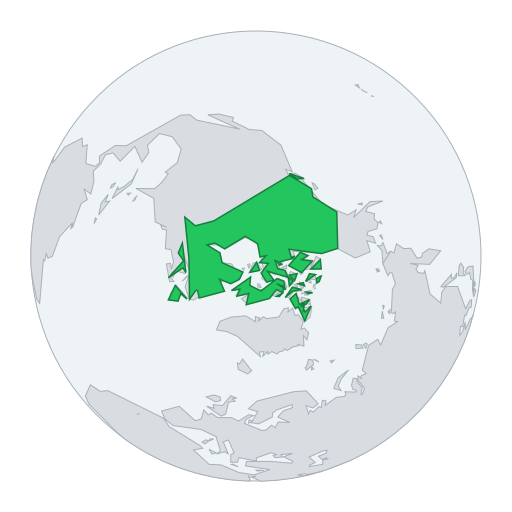 globe centered on Canada, rotated 133°
{"feature_id": "CAN", "entity_name": "Canada", "entity_type": "country or territory", "adm_level": 0, "iso_a3": "CAN", "parent_name": "North America", "parent_adm1": "", "projection": "orthographic", "projection_center": [-89.555, 62.395], "detail": "medium", "context": "on_globe", "style": "filled", "palette": "green", "viewbox_px": 512, "rotation_deg": 133, "n_neighbors": 0, "source": "natural_earth", "source_scale": "50m", "svg_char_len": 11989}
<svg xmlns="http://www.w3.org/2000/svg" viewBox="0 0 512 512"><g transform="rotate(133 256 256)"><circle cx="256" cy="256" r="225" fill="#eef3f6" stroke="#a8b0b8"/><path d="M320.9,471.7L326.4,468.5L322.8,468.3L307.0,470.2L288.4,463.6L294.2,457.4L289.8,455.3L304.4,443.5L300.0,434.6L294.6,434.0L289.7,438.7L271.1,434.2L263.9,426.1L204.4,407.2L197.8,400.8L197.1,392.1L174.4,354.5L185.6,387.5L177.3,379.7L170.1,366.9L173.6,365.5L168.1,347.2L160.3,337.5L157.9,313.4L169.6,287.1L172.4,293.5L174.9,286.7L171.5,278.4L168.6,274.6L172.6,242.5L163.5,216.9L153.9,214.2L161.3,210.9L138.5,209.7L129.2,200.7L143.9,207.7L148.6,206.1L144.3,198.2L148.3,194.9L148.5,189.3L153.6,186.1L161.7,190.8L165.1,188.9L162.0,183.5L165.0,177.2L169.2,185.4L175.0,175.3L189.7,182.0L196.7,207.7L209.1,209.7L227.3,232.1L229.8,227.6L238.3,233.7L244.4,231.0L246.0,236.3L249.4,229.6L246.8,225.3L247.4,221.1L250.7,219.2L253.4,225.4L252.1,227.3L254.6,228.1L254.6,232.1L256.5,229.1L259.4,237.1L261.4,226.5L267.9,230.6L268.4,236.7L261.9,239.5L247.0,261.6L245.6,269.1L250.1,276.7L272.3,283.5L273.4,290.7L279.6,297.9L282.0,292.3L278.0,284.6L284.0,276.2L278.3,268.2L279.9,263.7L276.8,254.5L284.2,252.4L293.2,255.4L296.2,263.1L300.3,264.8L303.1,254.9L314.2,267.0L330.9,271.6L333.0,275.3L327.0,286.8L312.7,293.2L304.8,309.5L317.0,295.6L322.1,305.7L325.9,306.1L329.7,303.7L330.6,298.7L333.8,301.6L322.9,316.1L319.8,313.6L323.3,309.0L316.6,312.2L309.3,322.6L312.5,327.2L298.1,339.1L300.2,342.6L298.2,347.4L295.9,340.8L299.8,353.0L283.5,370.1L288.5,389.9L275.9,376.0L266.7,375.1L255.9,376.2L256.5,379.5L241.4,377.2L228.8,383.6L225.9,398.7L232.4,410.1L249.1,411.0L253.3,405.0L265.2,403.2L258.4,419.4L279.3,420.0L278.1,430.8L284.5,435.2L294.5,432.4L305.0,432.8L311.9,425.5L323.3,419.1L324.2,427.2L329.9,417.8L336.7,419.7L358.8,410.3L357.3,412.9L376.1,412.8L395.1,404.7L399.5,406.6L397.3,411.1L403.6,407.2L403.7,409.0L427.3,390.5L438.2,381.9L437.0,387.0L426.3,402.3L418.1,412.5L406.2,423.9L393.6,434.4L380.2,443.9L366.2,452.5L351.6,460.0L336.5,466.4L320.9,471.7ZM61.1,298.6L62.5,295.1L63.2,299.9L61.1,298.6ZM62.3,291.2L62.1,292.8L62.1,291.1L62.3,291.2ZM61.7,288.8L62.2,290.6L61.4,288.9L61.7,288.8ZM60.6,286.0L61.3,287.4L61.1,287.4L60.6,286.0ZM288.2,396.4L312.0,400.4L299.3,404.3L301.6,402.3L295.4,399.9L284.1,398.4L272.7,401.7L288.2,396.4ZM59.7,280.7L59.5,279.3L60.3,280.3L59.7,280.7ZM297.0,384.1L292.9,384.1L296.8,383.3L297.0,384.1ZM166.7,273.5L171.0,278.6L172.6,287.5L168.6,283.6L166.7,273.5ZM164.2,256.9L167.3,258.1L164.2,265.0L163.4,262.2L164.2,256.9ZM146.1,213.2L148.8,217.1L144.8,214.5L146.1,213.2ZM147.6,189.1L145.6,189.1L146.6,186.2L147.6,189.1ZM272.9,256.3L274.8,255.4L274.4,257.6L272.9,256.3ZM269.7,253.2L267.9,256.3L266.1,255.3L267.3,253.4L269.7,253.2ZM155.2,178.8L157.4,174.4L156.6,179.7L155.2,178.8ZM272.4,249.6L263.2,253.2L260.1,251.4L261.9,242.7L272.4,249.6ZM159.6,172.3L164.8,161.8L160.7,160.8L175.1,158.0L166.0,167.7L165.6,174.3L163.1,171.2L159.6,172.3ZM244.5,224.9L247.5,229.3L241.9,227.4L244.5,224.9ZM240.8,224.7L222.8,225.7L220.0,218.5L226.6,219.5L220.5,211.7L228.0,207.7L233.0,211.0L233.3,216.5L236.0,210.8L240.8,224.7ZM182.3,158.3L184.7,156.6L183.7,159.4L182.3,158.3ZM247.2,219.2L243.8,220.0L241.1,213.7L247.4,211.1L246.3,213.9L247.2,219.2ZM215.3,211.8L214.4,206.8L220.2,202.1L220.7,199.6L228.0,207.0L215.3,211.8ZM248.5,214.4L250.7,210.0L255.0,211.2L250.3,218.1L248.5,214.4ZM237.8,213.2L236.8,210.2L239.4,211.0L237.8,213.2ZM271.3,213.6L267.3,214.4L265.6,211.2L271.3,213.6ZM251.2,208.2L249.7,207.8L248.6,206.7L250.8,204.1L251.2,208.2ZM231.6,203.2L234.2,202.4L228.9,200.0L233.0,196.5L237.1,202.1L237.1,198.3L238.4,197.2L240.3,203.0L231.6,203.2ZM249.7,198.2L256.4,204.5L264.1,203.6L265.9,206.4L253.1,207.4L249.7,198.2ZM244.0,200.5L248.0,199.7L248.1,203.5L245.6,206.4L244.0,200.5ZM234.4,192.2L227.0,196.0L226.3,194.7L234.4,192.2ZM252.0,197.2L250.3,195.7L252.5,196.7L252.0,197.2ZM239.7,192.8L237.2,194.3L236.5,192.8L239.7,192.8ZM249.1,191.6L251.3,193.6L249.6,195.6L249.1,191.6ZM244.8,191.6L244.5,189.1L247.7,195.1L243.8,192.5L244.8,191.6ZM239.5,191.1L238.3,190.7L240.7,190.7L239.5,191.1ZM254.3,183.1L258.7,190.3L255.0,194.6L251.2,187.0L254.3,183.1ZM340.3,47.1L366.7,59.9L368.0,61.0L373.8,64.4L381.1,69.9L382.1,72.0L387.8,76.3L384.5,71.1L378.1,66.8L369.1,61.5L369.7,61.5L367.7,60.4L381.1,68.6L393.8,77.8L405.9,87.9L417.3,98.7L420.5,107.9L417.8,106.2L417.6,106.2L417.4,106.3L422.5,110.0L421.7,112.3L424.1,107.0L426.4,108.7L425.4,107.5L436.6,121.4L446.7,136.1L455.6,151.6L463.3,167.7L469.6,184.4L474.6,201.6L478.2,219.1L478.3,219.4L479.6,229.3L479.4,231.2L479.8,236.8L478.2,277.2L474.7,285.3L463.1,289.3L461.2,277.7L455.5,272.5L437.7,213.0L440.0,203.3L432.8,167.7L433.0,163.8L440.5,169.4L440.4,148.3L432.6,139.0L426.0,120.8L417.4,108.2L402.7,100.2L416.7,120.5L412.7,122.8L396.3,105.2L383.1,88.5L381.0,88.9L383.9,98.8L375.4,94.7L384.3,102.4L384.8,99.5L390.4,104.4L390.3,107.4L387.3,105.7L389.7,110.9L403.5,118.1L405.5,115.9L415.2,131.0L419.4,129.0L424.0,133.7L418.6,139.0L414.9,137.8L409.4,150.6L414.2,153.2L419.7,141.4L420.5,145.3L427.0,149.3L422.6,149.4L415.3,162.1L420.4,178.0L436.5,200.9L437.4,211.1L433.8,219.3L418.3,209.7L417.9,188.0L412.4,184.9L404.2,189.2L404.8,182.4L401.4,181.6L400.4,173.9L390.9,163.6L388.7,156.2L377.1,153.1L374.4,149.0L382.1,151.9L386.2,150.2L379.8,132.9L376.2,129.8L369.2,129.3L368.3,124.8L362.3,126.6L354.7,117.7L358.9,130.2L350.8,130.4L342.0,125.9L340.0,128.3L354.4,135.9L359.5,136.9L362.7,134.2L377.1,139.7L381.0,145.6L368.7,148.6L372.9,157.4L361.5,156.4L329.6,135.9L320.3,127.2L321.6,109.8L328.3,110.7L331.2,117.4L335.7,109.9L331.9,111.1L331.2,107.5L323.2,107.3L322.3,104.8L316.2,109.1L314.2,106.0L318.1,103.4L304.6,100.9L298.3,95.4L295.7,96.1L294.7,98.4L287.4,90.1L285.8,91.0L287.5,94.0L285.5,97.9L279.0,101.6L276.9,98.5L278.9,96.7L279.9,88.6L285.7,84.7L284.2,83.8L278.6,86.5L277.4,96.4L274.1,99.6L273.7,94.7L273.6,96.7L271.3,97.3L267.0,95.1L266.9,100.5L244.5,112.7L233.9,110.1L236.1,104.1L218.1,110.5L207.5,107.7L209.2,110.4L201.7,115.8L204.9,116.7L205.1,118.4L187.3,133.5L181.4,134.9L175.6,145.1L176.5,146.6L180.5,146.1L175.1,158.0L160.7,160.8L159.5,157.2L151.3,161.6L149.8,153.0L144.7,148.1L147.8,136.6L143.5,134.0L140.8,136.1L132.9,134.5L126.2,124.5L143.7,123.3L156.2,138.0L152.1,131.0L156.6,130.0L157.4,125.9L154.2,121.4L151.6,122.5L165.0,102.9L164.5,88.8L155.8,95.4L148.9,96.4L140.8,87.8L151.6,66.8L142.4,69.3L140.9,68.4L146.6,63.8L149.0,64.8L156.2,61.8L156.7,63.2L166.7,56.7L167.9,58.6L175.1,52.9L170.8,53.2L161.5,58.0L167.3,52.7L155.9,56.3L153.1,56.2L161.4,51.6L176.8,45.1L192.7,39.8L208.9,35.7L225.4,32.8L242.0,31.2L258.7,30.7L275.4,31.6L292.0,33.6L308.4,36.9L324.5,41.4L340.3,47.1ZM450.8,233.4L453.0,235.5L450.8,233.4ZM373.7,73.4L362.8,65.1L359.8,68.0L355.3,65.2L355.9,67.3L359.6,68.3L359.9,73.8L352.3,70.2L349.6,71.4L353.1,74.3L366.9,80.1L366.6,71.9L372.5,74.2L373.7,73.4ZM359.5,409.9L362.2,410.2L358.8,411.9L359.5,409.9ZM298.0,408.6L302.8,407.9L305.5,408.8L301.9,410.0L298.0,408.6ZM337.6,397.8L342.9,396.6L337.6,399.5L337.6,397.8ZM315.7,400.5L333.3,399.0L322.9,405.3L311.7,406.1L319.2,403.2L315.7,400.5ZM295.6,390.7L298.7,390.9L298.1,393.0L295.6,390.7ZM299.8,383.5L298.6,383.9L296.9,382.6L299.8,383.5ZM322.7,304.8L323.6,303.7L327.8,302.3L326.3,304.9L322.7,304.8ZM343.2,285.1L347.9,290.3L343.6,288.3L342.4,292.7L331.8,294.3L333.6,277.3L334.7,284.6L343.2,285.1ZM318.1,292.1L324.7,292.8L317.4,292.8L318.1,292.1ZM383.5,186.3L385.9,183.3L390.2,186.0L393.0,196.3L386.7,192.4L383.5,186.3ZM388.2,178.5L375.3,179.2L373.0,173.1L376.5,176.3L376.3,172.3L381.8,176.4L392.4,170.3L396.9,172.4L399.5,189.7L396.1,182.8L394.0,186.0L388.2,178.5ZM346.1,194.5L340.5,195.5L342.9,180.9L347.9,181.7L351.0,191.7L346.9,196.7L346.1,194.5ZM277.4,233.8L275.1,235.7L274.3,233.9L275.7,230.8L277.4,233.8ZM269.6,214.3L286.7,223.9L285.0,226.5L297.2,229.5L297.2,237.5L289.3,235.2L298.5,243.8L291.3,245.0L298.1,250.1L280.5,244.2L274.5,245.9L281.2,240.9L281.3,233.5L279.5,230.8L270.1,224.4L257.2,224.6L255.2,217.5L257.3,212.5L260.1,211.3L260.5,216.2L263.9,211.2L266.6,217.4L269.6,214.3ZM282.6,161.6L281.8,167.1L289.3,159.4L292.0,165.1L292.7,163.8L297.3,167.0L304.0,168.9L304.3,171.8L306.8,171.3L309.8,173.5L313.4,173.8L315.1,179.3L319.6,180.2L317.9,182.4L325.1,182.5L320.5,184.9L324.0,188.2L326.6,184.1L327.4,214.6L331.3,226.0L337.0,234.4L328.4,237.9L317.5,232.4L306.8,222.7L304.3,211.4L300.9,215.2L298.7,211.0L302.3,209.8L295.4,209.2L294.5,205.4L285.0,197.7L275.5,199.6L271.8,196.9L275.1,194.4L269.1,193.6L272.8,187.0L270.2,185.0L271.3,176.8L279.1,173.2L275.6,171.3L276.3,165.1L282.6,161.6ZM254.9,180.8L263.6,174.9L269.4,175.2L265.1,189.5L267.0,192.2L264.4,201.7L256.1,201.2L257.6,198.5L257.1,195.8L259.9,197.0L257.3,194.0L259.2,190.2L257.7,186.9L261.0,185.8L254.9,180.8ZM429.3,158.6L428.7,155.5L426.9,150.6L430.9,153.2L429.3,158.6ZM424.6,167.3L423.5,164.3L428.4,165.2L429.0,168.6L424.6,167.3ZM418.7,162.1L423.1,164.1L421.1,165.0L418.7,162.1ZM380.6,149.3L378.9,146.3L380.3,145.9L383.2,147.5L380.6,149.3ZM305.2,141.3L303.9,144.1L302.4,143.6L295.9,147.1L293.3,143.4L296.3,139.8L305.2,141.3ZM407.5,104.1L412.4,108.4L412.6,109.9L410.9,108.1L407.5,104.1ZM424.1,131.1L422.2,125.2L425.2,131.8L424.1,131.1ZM301.4,137.8L299.0,139.7L299.2,136.7L301.4,137.8ZM291.1,140.9L290.7,137.6L292.2,143.3L291.1,140.9ZM152.6,55.9L150.9,56.8L150.4,57.0L152.6,55.9ZM276.3,110.6L288.3,109.7L295.2,107.0L296.4,102.1L299.8,108.8L289.1,112.9L276.3,110.6ZM248.6,112.7L247.6,117.3L244.6,115.9L244.5,114.6L248.6,112.7ZM250.4,115.0L255.5,119.6L252.7,122.6L249.2,118.4L250.4,115.0ZM278.9,127.9L282.6,127.8L282.3,130.2L278.9,127.9ZM127.8,75.9L130.0,75.6L126.0,78.9L125.6,78.2L127.8,75.9ZM115.3,90.6L125.7,79.8L134.4,71.9L130.9,73.8L131.3,71.6L137.6,68.9L132.8,74.9L125.8,80.9L126.5,83.0L122.5,88.5L126.0,89.5L124.8,92.6L119.5,93.6L115.3,90.6ZM127.8,89.8L132.5,94.5L124.3,100.9L121.5,101.3L122.7,96.3L127.0,93.2L127.8,89.8ZM131.2,97.6L135.4,94.8L151.0,97.6L152.3,99.9L136.1,100.6L139.1,98.0L136.7,96.3L131.2,97.6ZM183.1,155.3L184.6,156.5L182.0,156.9L183.1,155.3ZM207.0,118.8L206.9,121.3L203.9,121.5L207.0,118.8ZM204.9,128.3L208.4,126.3L205.6,129.7L204.9,128.3ZM216.0,121.7L210.2,126.1L214.4,120.1L216.0,121.7Z" fill="#d9dde1" stroke="#a8b0b8" stroke-width="1"/><path d="M174.0,254.7L168.7,227.0L194.7,201.4L209.4,209.6L228.6,236.5L233.1,228.8L229.5,227.8L232.8,227.4L244.2,234.8L244.7,231.4L246.7,232.6L245.5,237.2L246.3,238.9L250.4,231.4L246.7,224.9L249.9,218.2L259.3,237.2L261.5,226.6L267.8,230.3L265.0,240.6L253.0,242.0L258.5,248.9L248.9,248.9L254.0,252.4L245.9,263.1L249.0,277.3L272.1,283.8L274.6,294.7L281.3,299.4L278.3,284.6L284.0,276.3L276.7,254.6L284.4,252.2L293.5,255.6L297.9,266.9L303.3,255.0L325.5,268.9L321.1,275.2L321.8,276.5L333.0,275.1L303.5,303.4L276.1,334.6L275.3,321.0L259.1,310.8L174.3,286.5L168.9,261.3L174.0,254.7ZM261.7,220.7L262.0,222.0L260.7,214.0L264.7,211.3L266.5,218.1L278.0,217.2L298.3,229.9L288.3,235.8L298.4,242.5L291.2,245.2L297.9,250.4L275.1,245.6L281.8,240.6L278.1,228.5L258.2,225.2L255.4,218.6L261.0,211.4L259.4,215.4L261.7,220.7ZM254.8,181.7L270.3,176.0L264.1,190.6L267.5,191.3L264.2,201.8L256.0,201.1L261.8,191.4L258.0,186.8L262.4,188.9L260.3,186.4L263.9,183.9L262.7,183.7L263.4,181.8L254.8,181.7ZM221.4,211.3L237.0,211.3L240.7,225.6L223.1,226.1L220.3,218.2L227.5,220.1L221.4,211.3ZM331.7,305.2L308.9,305.7L306.8,314.9L296.8,318.6L315.9,295.9L314.5,301.4L331.7,305.2ZM221.0,199.5L228.1,206.9L214.7,206.5L221.0,199.5ZM251.2,187.1L257.2,186.5L259.3,190.4L251.2,187.1ZM249.4,199.8L256.6,205.1L266.3,206.3L254.0,208.1L249.4,199.8ZM229.1,199.8L240.7,202.3L232.4,204.8L229.1,199.8ZM334.6,277.1L334.9,285.3L342.2,282.2L347.9,290.2L332.6,295.0L334.6,277.1ZM240.8,213.9L247.7,211.0L247.4,218.6L240.8,213.9ZM260.2,251.2L264.2,243.6L272.1,249.3L260.2,251.2ZM249.3,211.5L255.1,211.2L249.2,218.0L249.3,211.5ZM234.4,193.4L231.2,196.5L226.3,194.6L231.6,192.3L234.4,193.4ZM244.8,200.2L247.5,206.1L243.2,203.2L244.8,200.2ZM244.3,189.7L248.0,192.0L248.3,194.8L244.3,189.7ZM166.6,273.8L171.6,278.9L173.0,288.0L166.6,273.8ZM265.6,211.3L269.7,211.3L271.4,213.4L265.6,211.3Z" fill="#22c55e" stroke="#15803d" stroke-width="1.5"/></g></svg>